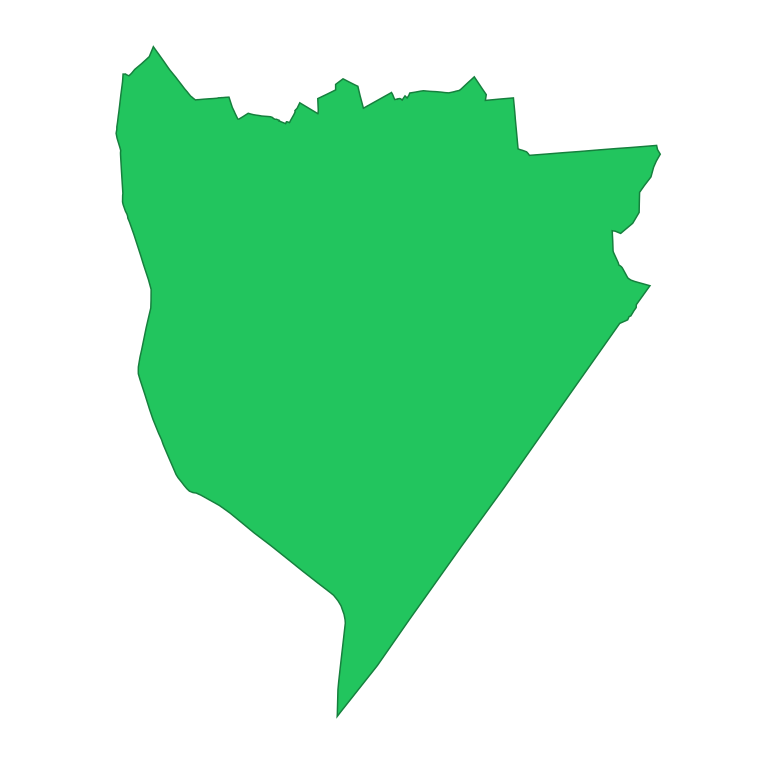 Nagļu pag., Rezeknes, Latvia (orthographic projection), rotated 181°
{"feature_id": "27541924B68754646621039", "entity_name": "Nagļu pag.", "entity_type": "district", "adm_level": 2, "iso_a3": "LVA", "parent_name": "Latvia", "parent_adm1": "Rezeknes", "projection": "orthographic", "projection_center": [26.915, 56.737], "detail": "fine", "context": "isolated", "style": "filled", "palette": "green", "viewbox_px": 768, "rotation_deg": 181, "n_neighbors": 0, "source": "geoboundaries", "source_scale": "gbopen_adm2", "svg_char_len": 4424}
<svg xmlns="http://www.w3.org/2000/svg" viewBox="0 0 768 768"><g transform="rotate(181 384 384)"><path d="M381.7,675.6L382.0,675.3L382.4,675.1L409.4,659.4L413.0,672.0L415.1,680.3L415.3,681.2L418.2,682.5L424.2,685.4L429.0,687.8L430.3,688.4L433.8,685.7L437.6,682.7L437.5,677.2L445.2,673.2L448.2,671.7L455.2,668.2L454.5,656.4L454.7,653.3L454.8,653.1L455.5,653.5L472.3,663.2L472.6,663.4L473.1,663.7L475.7,658.1L477.3,656.4L477.9,655.6L477.6,654.5L478.8,651.8L481.9,646.1L482.9,644.0L483.1,643.7L485.1,644.4L486.1,644.5L486.5,643.8L486.5,643.4L486.9,642.6L491.9,644.5L492.0,644.6L492.6,644.9L493.5,645.0L493.4,645.8L494.0,646.0L495.3,646.5L496.1,646.8L496.8,646.8L497.2,646.8L497.8,646.8L498.3,647.1L499.7,648.0L500.1,648.5L500.9,648.8L502.1,649.2L502.8,649.3L505.7,649.5L507.6,649.6L509.1,649.7L511.1,649.8L512.6,650.1L514.8,650.4L516.7,650.6L517.9,650.8L518.8,650.9L521.9,651.6L524.5,652.3L529.9,648.7L533.8,646.3L534.5,646.3L534.9,646.6L537.9,652.5L538.2,653.3L540.5,657.9L542.1,662.5L543.9,667.8L544.0,668.1L545.3,668.0L547.9,667.8L549.5,667.6L550.6,667.5L551.3,667.5L552.8,667.3L553.4,667.3L554.6,667.2L555.2,667.0L556.1,666.8L556.9,666.7L557.3,666.7L560.1,666.4L564.1,666.1L569.4,665.6L574.0,665.1L575.3,665.0L575.7,665.0L577.5,664.7L579.6,666.3L580.1,666.7L581.4,667.8L582.3,668.4L583.4,669.7L585.4,672.1L585.5,672.2L585.6,672.4L588.3,675.4L591.6,679.6L592.3,680.5L592.6,680.8L594.0,682.6L595.4,684.3L597.4,686.9L600.3,690.3L602.5,692.9L603.6,694.2L605.1,696.2L606.1,697.6L606.9,698.7L609.4,702.2L614.7,709.4L617.7,713.4L620.5,717.2L624.4,707.2L631.9,700.1L638.7,694.2L641.3,690.9L641.6,690.6L641.7,690.4L644.4,687.7L647.3,688.9L647.7,689.4L648.5,689.4L649.0,689.3L650.2,689.3L650.3,689.3L650.5,685.2L650.7,681.5L651.1,677.9L652.1,669.1L653.2,657.8L653.7,653.0L653.8,651.9L654.3,647.8L655.0,641.0L655.6,636.6L655.6,634.5L655.6,633.7L656.0,631.4L656.2,629.9L655.9,628.5L655.2,625.2L654.5,623.0L652.2,615.9L651.3,612.9L651.5,610.5L651.4,608.5L651.1,604.3L650.2,592.3L649.1,578.6L648.4,570.0L648.6,568.0L648.6,563.6L648.6,561.5L648.0,558.9L645.6,552.4L644.0,549.4L643.3,547.4L643.0,545.3L641.3,541.5L636.6,528.9L634.3,522.2L629.4,507.9L626.5,499.0L621.3,484.1L618.5,474.5L618.4,463.4L618.5,455.9L620.4,447.2L622.7,436.5L626.9,414.0L628.4,406.8L629.9,396.8L629.9,392.9L629.8,389.9L628.1,384.4L625.6,377.2L623.0,369.7L618.0,354.7L614.4,344.7L608.4,330.6L605.5,324.6L603.7,319.6L597.8,306.4L592.8,295.4L590.3,289.8L588.2,286.6L584.7,282.4L582.1,279.1L579.3,275.9L576.7,273.5L573.1,272.1L569.8,271.7L566.7,270.3L566.0,270.1L565.4,269.8L546.5,259.7L535.6,252.2L510.8,232.5L494.8,220.8L494.4,220.5L488.3,215.8L461.3,194.9L446.6,183.8L434.7,175.0L430.7,171.9L426.3,166.6L423.1,161.5L419.9,152.9L418.8,147.6L418.5,144.2L422.2,105.9L424.1,85.6L424.7,77.7L424.9,54.9L424.9,53.6L425.0,50.8L421.2,55.9L420.9,56.3L385.7,102.4L354.6,148.8L303.3,223.7L262.3,282.2L198.3,376.7L149.4,448.7L141.5,452.4L140.1,455.7L138.4,456.4L135.4,461.6L133.2,464.8L133.1,467.7L120.8,485.5L120.3,486.2L119.8,486.9L128.2,489.1L131.3,489.9L135.1,490.9L138.9,492.2L140.7,493.3L141.7,494.0L142.1,494.4L142.9,495.7L145.2,499.8L147.6,504.0L148.1,504.7L149.0,505.6L150.4,506.6L151.2,507.0L151.5,508.0L151.9,509.3L156.7,519.3L157.1,520.3L157.3,521.2L157.8,531.0L158.2,536.7L158.5,541.2L158.1,541.1L155.7,540.9L150.0,538.7L138.1,549.1L131.9,560.0L131.9,568.2L131.8,580.1L127.2,586.9L120.7,595.7L118.2,605.5L115.6,611.7L111.8,618.6L114.6,623.1L115.6,627.3L126.6,626.2L143.0,624.6L154.6,623.6L173.3,621.8L192.3,619.9L208.8,618.4L227.2,616.6L242.2,615.2L242.5,615.1L243.0,615.7L243.8,616.8L244.8,617.9L245.5,618.6L247.4,619.3L249.4,620.0L252.0,620.7L254.0,621.4L254.1,621.8L255.4,633.7L257.4,651.8L257.4,652.0L258.0,658.2L259.6,672.3L272.4,671.0L287.6,669.3L286.8,675.1L291.2,681.3L299.1,692.7L301.9,690.0L304.9,687.2L308.4,683.8L312.2,680.1L313.3,679.3L313.4,679.1L313.5,678.9L317.3,678.0L317.8,677.8L319.6,677.3L321.7,676.8L324.4,676.2L326.0,676.3L328.0,676.4L331.7,676.8L337.0,677.2L342.8,677.4L345.7,677.6L349.8,677.9L351.4,677.6L351.8,677.6L356.7,676.6L358.2,676.3L363.3,675.4L363.7,674.4L363.8,674.0L363.9,673.7L364.1,673.4L364.3,672.8L364.6,672.4L364.9,671.9L365.2,671.4L365.5,671.0L365.9,670.4L366.0,670.5L368.0,672.4L369.5,670.2L370.8,668.2L372.1,669.3L372.8,669.6L373.2,669.7L373.8,669.6L375.6,669.3L375.6,668.9L376.5,668.9L377.1,668.8L377.5,668.7L378.3,668.6L380.4,673.5L381.1,674.8L381.7,675.6Z" fill="#22c55e" stroke="#15803d" stroke-width="1.5"/></g></svg>